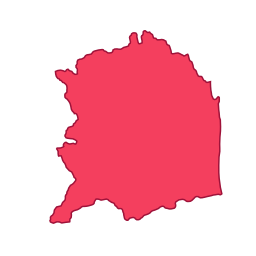 Akko, HaZafon, Israel (Mercator projection), rotated 168°
{"feature_id": "584046B83749751332199", "entity_name": "Akko", "entity_type": "district", "adm_level": 2, "iso_a3": "ISR", "parent_name": "Israel", "parent_adm1": "HaZafon", "projection": "mercator", "projection_center": [35.293, 32.939], "detail": "fine", "context": "isolated", "style": "filled", "palette": "rose", "viewbox_px": 256, "rotation_deg": 168, "n_neighbors": 0, "source": "geoboundaries", "source_scale": "gbopen_adm2", "svg_char_len": 5491}
<svg xmlns="http://www.w3.org/2000/svg" viewBox="0 0 256 256"><g transform="rotate(168 128 128)"><path d="M204.6,48.3L204.2,49.0L204.1,50.1L203.7,51.1L202.9,51.6L202.1,52.5L201.4,54.8L201.3,56.5L200.3,57.5L198.9,58.1L198.3,58.3L196.2,58.5L194.5,58.6L193.0,59.0L191.0,59.7L190.0,60.4L188.6,60.7L186.4,60.3L184.4,60.1L182.6,60.1L179.5,60.3L178.0,60.6L176.9,61.3L176.3,62.7L175.2,64.0L174.0,65.1L172.2,64.7L171.2,64.3L169.4,63.1L167.8,63.0L166.4,63.0L164.0,63.0L162.3,62.0L162.0,61.2L161.0,60.2L160.3,59.6L159.7,58.8L158.9,58.4L157.3,57.3L157.0,56.5L156.9,55.4L156.4,54.4L155.5,53.8L155.3,53.1L154.9,52.0L154.0,51.1L152.3,50.8L151.2,50.4L150.5,49.4L150.4,48.7L150.3,46.8L150.0,45.2L150.2,44.1L150.2,42.3L150.2,41.0L150.1,39.9L149.5,39.0L148.5,38.1L147.3,37.8L146.1,38.6L145.4,39.3L144.1,39.5L142.2,39.5L141.1,39.3L140.0,38.5L139.6,37.5L138.4,36.4L136.7,36.1L135.3,36.3L134.2,37.1L133.1,37.4L132.0,38.1L130.7,39.1L129.7,39.3L127.7,39.5L125.8,39.8L123.9,40.5L122.8,41.4L121.2,42.0L119.6,42.1L118.1,42.3L115.1,42.9L114.1,43.4L113.0,44.0L112.0,44.2L111.0,44.3L110.0,44.2L109.0,43.4L108.4,42.3L107.7,41.8L106.4,41.3L105.4,40.8L104.5,40.3L102.6,39.9L100.4,39.9L99.2,40.0L98.1,40.9L97.6,41.8L97.4,42.8L97.4,44.5L96.7,45.7L93.3,47.1L90.7,47.0L89.4,46.9L87.7,46.1L87.0,45.3L86.2,44.4L85.5,43.9L83.8,43.5L82.1,43.4L80.4,44.0L79.3,44.7L78.2,45.4L77.2,46.1L76.4,46.6L75.3,46.7L73.6,46.3L73.1,45.7L71.8,44.7L70.0,44.4L67.3,44.4L64.8,44.5L60.7,44.5L58.4,44.7L56.1,44.5L55.0,44.5L53.4,44.4L52.6,44.0L52.1,43.7L51.2,43.5L49.9,44.1L50.0,50.6L49.3,59.9L48.5,65.3L47.0,72.6L45.0,80.8L43.1,86.0L42.4,89.4L41.7,93.2L40.0,100.0L38.2,105.8L37.2,110.1L36.0,116.8L36.3,119.5L35.7,124.2L35.5,126.8L34.9,130.9L34.6,133.0L33.2,135.1L32.6,137.8L32.4,139.0L33.3,139.8L34.0,139.4L35.7,138.0L37.2,137.8L38.5,138.6L39.4,142.6L39.2,144.9L39.1,147.8L38.6,151.6L38.0,155.0L37.7,156.2L40.2,156.1L41.4,156.2L42.0,156.6L42.6,157.9L43.9,158.7L44.4,160.0L44.8,161.7L45.3,163.0L46.1,163.3L47.4,163.6L48.4,164.2L48.8,165.5L49.3,167.3L49.4,169.3L49.9,170.5L51.0,171.7L51.4,172.9L51.5,174.1L51.4,175.8L51.8,179.2L52.6,180.1L53.6,181.1L53.8,182.7L53.9,184.8L53.9,186.5L54.3,187.7L55.7,187.5L56.9,187.0L57.6,186.8L58.4,186.9L59.4,188.0L60.4,188.6L60.9,189.1L62.1,190.1L63.5,191.0L65.7,191.2L67.9,191.2L69.2,191.4L70.0,192.0L69.9,194.7L70.3,198.8L70.6,200.2L71.7,200.9L72.5,201.6L72.8,203.5L72.9,205.1L73.8,205.8L74.8,206.7L74.8,206.8L75.6,207.1L76.2,207.4L77.0,207.6L77.9,207.6L79.4,207.8L80.8,208.1L81.4,208.5L81.7,209.1L82.1,209.9L83.3,210.3L84.3,210.8L84.4,211.7L84.5,212.9L84.7,214.3L85.7,215.3L86.5,216.3L86.9,217.3L88.7,217.3L89.6,217.9L90.9,219.5L91.9,219.7L93.0,219.1L93.3,218.2L93.7,216.7L94.5,215.7L95.4,215.4L95.9,214.7L96.1,213.5L96.1,212.1L96.1,210.3L96.5,208.4L98.0,208.1L99.3,208.0L100.0,208.4L100.3,209.8L100.4,213.1L100.4,215.4L99.9,217.1L100.0,217.9L100.4,219.0L101.2,219.5L102.7,219.9L103.6,219.9L104.9,219.4L105.7,218.0L107.1,217.3L107.7,216.1L107.7,212.7L107.7,211.7L108.2,210.4L109.4,209.9L109.9,209.3L110.4,208.3L111.1,208.0L113.1,207.8L115.5,207.7L117.7,206.8L119.1,206.6L120.7,207.0L122.2,207.6L124.5,208.0L126.5,207.4L126.8,206.4L127.5,205.6L128.5,205.1L130.3,205.2L132.0,205.6L132.9,206.5L133.9,207.7L135.0,208.1L135.5,208.7L136.0,209.7L137.0,210.1L140.7,210.4L145.0,210.2L146.3,209.8L147.6,208.7L148.4,208.0L150.6,207.9L152.8,208.1L154.5,207.6L155.8,206.3L156.5,205.8L159.0,205.1L161.1,205.3L163.1,204.8L164.0,203.3L164.3,201.5L165.1,200.6L165.9,199.9L166.2,198.1L165.4,196.6L165.4,195.3L166.1,193.3L166.2,191.5L167.7,191.3L168.9,191.6L170.4,193.2L171.2,195.0L173.0,196.0L173.8,196.7L174.1,197.7L174.9,198.0L176.0,197.7L177.1,196.6L178.0,196.4L179.6,197.5L180.8,198.1L182.0,198.6L183.0,198.7L184.8,198.8L187.2,198.4L187.3,197.7L187.5,195.8L187.4,193.5L187.0,192.4L186.3,191.0L185.0,190.2L184.6,188.8L183.6,188.4L182.9,187.3L182.4,186.2L181.2,185.6L180.3,184.4L179.6,183.5L179.1,182.0L179.3,179.7L179.9,177.7L180.2,176.2L180.7,175.4L182.2,174.7L182.8,173.8L183.1,172.5L183.2,171.0L182.5,169.9L181.6,169.0L180.6,167.1L180.0,165.6L179.5,163.8L179.4,160.9L179.5,158.1L178.9,156.1L178.0,154.7L177.6,154.0L177.5,153.2L176.8,153.2L176.3,153.1L175.4,152.4L174.9,150.3L174.9,148.4L175.0,146.8L176.2,146.2L177.0,146.0L177.8,144.9L178.7,144.0L180.5,143.2L181.0,141.7L182.3,141.2L184.6,141.1L186.1,140.9L187.1,140.1L187.6,138.9L188.9,138.4L189.3,137.2L189.5,136.1L190.1,135.1L191.1,134.1L191.3,133.0L190.6,131.3L189.3,130.6L187.1,129.8L184.0,128.8L181.8,127.1L180.8,125.8L181.5,124.2L182.5,123.2L183.8,123.7L184.4,124.3L185.5,124.4L187.1,124.4L188.5,124.5L190.4,125.6L190.9,126.3L191.6,126.9L192.5,126.9L193.9,126.1L194.8,124.8L194.7,123.2L196.3,122.7L198.3,122.5L201.1,123.0L201.5,123.1L202.1,122.4L201.6,121.2L201.2,119.5L201.6,117.9L201.8,115.8L201.7,115.0L200.0,114.9L199.1,114.6L198.8,112.2L198.6,110.0L198.0,108.0L197.2,106.7L196.7,104.4L196.6,102.5L195.1,99.9L194.3,98.5L192.2,96.7L191.6,94.5L191.1,92.4L191.0,90.9L189.8,89.6L189.7,88.2L190.5,87.1L191.3,86.5L192.2,85.7L193.2,85.0L194.7,84.3L196.2,83.9L197.0,83.0L198.2,81.9L199.2,80.4L199.6,79.5L200.4,78.9L201.1,77.9L201.4,76.8L202.0,75.9L202.9,75.3L203.5,74.2L203.8,72.5L204.4,70.9L205.2,70.1L206.9,69.1L207.8,68.3L208.8,66.8L209.8,65.7L211.6,65.7L214.2,65.6L215.3,64.7L217.0,63.1L217.5,62.0L217.9,60.6L219.3,59.0L220.1,58.3L221.3,57.9L222.4,56.9L222.8,54.6L223.6,53.6L223.4,52.2L222.7,51.7L221.6,50.9L220.6,50.4L218.4,50.8L217.1,51.0L215.5,50.6L214.5,50.3L213.3,49.4L212.5,48.9L208.5,48.7L204.6,48.3Z" fill="#f43f5e" stroke="#9f1239" stroke-width="1.5"/></g></svg>